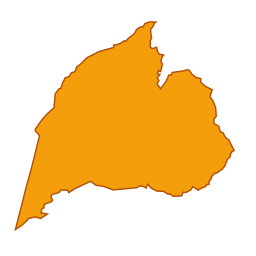 Aguas Buenas, Puerto Rico, rotated 183°
{"feature_id": "32010507B96467798502033", "entity_name": "Aguas Buenas", "entity_type": "district", "adm_level": 2, "iso_a3": "PRI", "parent_name": "Puerto Rico", "parent_adm1": "", "projection": "natural_earth1", "projection_center": [-66.131, 18.251], "detail": "fine", "context": "isolated", "style": "filled", "palette": "amber", "viewbox_px": 256, "rotation_deg": 183, "n_neighbors": 0, "source": "geoboundaries", "source_scale": "gbopen_adm2", "svg_char_len": 1898}
<svg xmlns="http://www.w3.org/2000/svg" viewBox="0 0 256 256"><g transform="rotate(183 128 128)"><path d="M235.1,20.8L229.2,25.1L223.7,30.6L223.3,32.1L216.0,34.4L210.4,33.1L204.1,37.9L210.5,38.7L209.5,43.1L207.7,44.0L207.8,47.3L200.5,50.5L199.6,51.8L201.4,55.4L200.1,57.8L193.8,59.8L191.4,62.7L185.0,62.6L183.7,60.4L178.9,64.0L177.3,65.0L162.7,72.7L162.1,72.5L156.7,69.1L149.1,68.4L139.6,65.4L116.0,68.9L113.3,70.7L109.5,70.4L106.8,69.0L105.5,72.8L101.4,69.0L95.7,66.5L89.2,66.6L84.6,64.0L83.0,64.4L79.0,62.2L70.9,63.0L69.6,66.6L66.7,66.7L62.1,69.4L60.2,72.8L54.6,69.6L51.8,71.6L47.3,73.8L46.5,75.7L44.2,75.9L44.3,79.2L42.6,80.9L41.7,84.2L39.5,86.8L36.3,88.2L31.8,91.8L29.3,95.2L27.0,102.2L24.4,104.7L24.3,107.3L23.4,109.2L20.9,111.1L26.7,121.3L30.9,124.4L32.5,128.0L35.8,129.3L37.4,134.5L42.4,136.9L42.7,141.3L41.9,142.3L40.5,144.4L41.7,153.6L42.7,155.4L45.0,160.3L47.9,163.4L45.9,170.6L53.0,173.7L57.9,177.7L57.9,181.2L62.7,182.0L66.9,185.0L69.9,188.9L72.2,189.3L75.5,187.9L86.7,185.8L87.8,183.1L90.0,183.0L92.5,176.4L97.5,168.9L101.3,173.5L99.6,177.1L101.5,179.2L100.0,181.6L98.9,183.1L101.5,183.8L100.6,187.0L98.4,186.1L96.9,193.7L98.6,195.7L98.0,200.2L96.3,202.8L100.7,203.4L102.4,205.7L103.8,210.1L108.0,208.5L109.9,209.8L110.4,216.2L109.1,219.5L109.7,221.1L110.6,227.6L107.9,231.5L107.2,233.9L105.8,235.2L112.1,235.1L116.5,233.2L118.2,229.9L121.4,229.3L124.6,226.7L126.9,222.2L133.0,217.0L134.5,214.5L136.4,214.9L139.9,212.2L144.2,210.3L146.3,210.3L146.5,208.4L147.5,207.3L160.7,202.9L172.2,196.3L175.6,192.9L177.0,191.1L180.0,188.2L182.4,186.4L183.9,181.5L187.6,180.0L189.4,176.3L193.3,174.9L195.7,169.3L197.2,164.0L199.1,163.4L202.4,158.4L203.0,144.2L209.8,137.5L212.9,133.5L213.0,133.4L213.6,132.8L215.8,129.4L220.3,122.3L220.5,120.4L215.9,115.8L217.6,107.2L220.2,93.3L223.4,77.6L226.8,62.6L228.7,52.6L228.9,51.5L235.1,20.8Z" fill="#f59e0b" stroke="#b45309" stroke-width="1.5"/></g></svg>